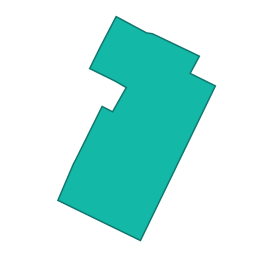 Teller, Colorado, United States of America (Mercator projection), rotated 206°
{"feature_id": "52423323B64605598139542", "entity_name": "Teller", "entity_type": "district", "adm_level": 2, "iso_a3": "USA", "parent_name": "United States of America", "parent_adm1": "Colorado", "projection": "mercator", "projection_center": [-105.118, 38.889], "detail": "fine", "context": "isolated", "style": "filled", "palette": "teal", "viewbox_px": 256, "rotation_deg": 206, "n_neighbors": 0, "source": "geoboundaries", "source_scale": "gbopen_adm2", "svg_char_len": 387}
<svg xmlns="http://www.w3.org/2000/svg" viewBox="0 0 256 256"><g transform="rotate(206 128 128)"><path d="M67.8,32.3L67.5,32.3L67.9,204.1L96.1,204.3L95.3,223.8L101.6,223.8L147.5,223.4L153.0,221.6L187.5,222.9L188.4,188.4L188.5,164.6L160.2,164.5L147.3,163.6L149.0,135.8L160.7,136.0L161.1,76.1L161.3,72.0L159.3,32.2L67.8,32.3Z" fill="#14b8a6" stroke="#0f766e" stroke-width="1.5"/></g></svg>